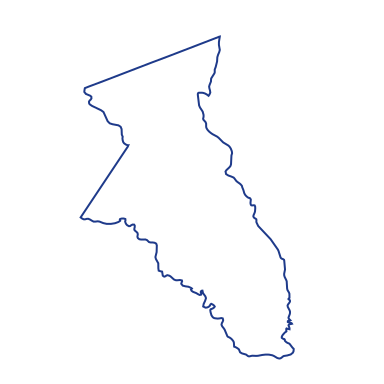 the Department of Pando, rotated 96°
{"feature_id": "BOL-1938", "entity_name": "Pando", "entity_type": "Department", "adm_level": 1, "iso_a3": "BOL", "parent_name": "Bolivia", "parent_adm1": "", "projection": "robinson", "projection_center": [-66.899, -11.088], "detail": "fine", "context": "isolated", "style": "outline", "palette": "blue", "viewbox_px": 384, "rotation_deg": 96, "n_neighbors": 0, "source": "natural_earth", "source_scale": "10m", "svg_char_len": 5017}
<svg xmlns="http://www.w3.org/2000/svg" viewBox="0 0 384 384"><g transform="rotate(96 192 192)"><path d="M338.0,74.4L339.9,74.4L341.3,74.9L343.3,76.9L344.3,79.5L344.5,79.8L345.5,83.5L346.2,84.5L347.2,85.4L348.1,86.5L348.5,87.8L348.2,89.8L346.6,93.2L346.0,95.0L345.7,98.4L346.0,101.8L346.7,105.0L348.0,109.3L348.3,111.1L348.5,114.7L348.7,115.6L349.4,117.5L349.5,118.4L349.3,119.2L348.0,121.3L347.3,125.4L346.4,127.4L343.6,128.9L342.6,130.5L341.8,132.3L341.4,133.9L337.5,134.6L336.3,135.1L335.3,136.0L333.9,137.5L332.8,139.4L332.3,141.0L331.8,141.7L325.4,145.2L324.0,146.4L322.5,147.9L320.9,148.8L319.3,148.6L317.7,147.9L316.2,147.6L314.5,148.2L314.3,149.6L314.8,151.3L315.2,153.1L315.2,155.2L315.1,156.8L314.4,158.2L312.7,159.7L309.5,161.0L307.5,161.5L306.6,161.1L306.3,160.3L305.5,159.0L304.5,157.9L303.6,157.4L302.7,158.1L301.7,159.7L301.2,161.2L301.9,161.9L303.3,162.4L304.5,163.5L305.3,165.0L305.6,166.5L304.7,168.9L302.1,168.7L298.9,167.6L296.1,167.0L294.4,167.8L291.4,170.5L289.0,171.3L289.1,171.9L289.5,172.4L290.0,172.8L290.8,172.8L292.3,172.1L293.1,172.2L293.6,173.6L293.0,175.3L292.1,177.2L291.2,180.5L290.3,182.1L289.2,182.8L288.0,182.0L287.4,183.1L286.6,185.6L286.5,188.6L286.1,191.4L284.4,193.1L283.2,192.9L281.9,192.5L281.0,192.8L280.8,194.8L281.4,197.8L281.4,199.2L280.9,200.8L278.2,204.5L277.6,205.8L277.3,207.8L277.8,208.8L278.6,209.6L279.1,210.8L278.3,212.3L274.3,213.4L274.1,215.2L273.7,216.9L271.4,217.5L266.4,218.1L262.4,220.9L260.5,221.6L255.5,220.9L248.8,221.4L247.1,222.2L246.4,223.8L246.3,225.9L246.5,228.0L246.3,229.5L244.5,231.8L244.1,233.4L244.6,237.5L244.5,239.4L243.5,241.0L242.3,241.6L239.7,241.5L238.5,241.9L237.5,243.0L236.6,244.4L235.6,245.4L234.2,245.5L233.0,245.3L231.5,245.4L230.5,246.1L230.6,247.7L231.4,249.0L232.3,249.9L232.6,251.1L231.8,253.0L230.8,254.1L229.6,254.9L228.3,255.4L227.0,255.2L225.8,255.5L225.5,257.2L225.8,259.3L226.4,260.7L226.9,260.9L227.4,260.7L227.8,260.4L228.1,260.4L228.5,260.8L229.6,262.2L231.1,265.3L232.2,269.4L232.6,273.6L232.2,277.0L231.1,280.9L231.0,282.7L231.5,284.8L231.7,286.8L231.0,288.6L230.1,290.4L229.5,292.3L229.7,293.9L230.3,295.3L230.5,296.7L230.0,298.3L228.9,300.1L153.6,260.6L152.2,260.2L152.3,260.6L151.7,262.8L150.6,264.7L149.4,265.7L147.6,266.4L145.8,266.8L144.3,266.7L142.3,267.8L136.8,268.6L134.6,269.8L133.4,272.1L132.9,278.2L132.3,281.0L130.4,283.3L121.7,288.4L120.2,291.0L116.8,300.5L115.4,303.0L114.5,303.6L113.0,303.9L111.8,303.4L110.7,302.4L109.5,301.8L107.7,302.1L106.9,303.3L105.5,307.9L105.1,308.1L104.2,309.2L103.8,309.5L103.1,309.6L100.7,309.5L99.9,309.4L98.0,305.8L90.4,290.6L82.7,275.5L75.0,260.4L67.3,245.3L59.7,230.1L52.0,215.0L44.3,199.9L36.6,184.8L36.3,184.3L36.1,183.7L35.8,183.2L35.5,182.7L35.3,182.2L35.0,181.7L34.7,181.2L34.5,180.6L40.0,180.9L42.9,180.6L47.8,179.2L50.2,179.6L52.7,180.4L55.3,180.9L59.5,180.7L65.2,181.5L67.9,182.2L70.5,181.9L71.6,182.1L77.1,184.8L77.4,184.8L78.1,184.8L78.4,184.8L80.1,184.7L83.6,185.7L85.4,186.0L87.2,185.5L89.2,184.7L91.2,184.2L93.4,184.9L94.6,185.6L93.4,187.6L92.6,189.6L92.2,191.7L92.5,195.2L92.7,195.9L93.3,196.4L94.6,196.4L105.1,194.0L107.1,192.9L110.9,189.8L114.0,188.6L115.3,188.4L116.5,188.4L117.8,188.6L118.8,188.3L121.1,185.8L122.5,185.1L125.9,184.7L127.2,184.1L128.7,182.9L130.1,181.3L131.3,179.5L132.3,177.7L134.3,172.8L135.3,171.2L139.4,166.2L142.0,160.7L143.0,159.4L144.7,158.0L147.0,156.8L148.2,156.4L149.4,156.2L151.5,156.6L160.3,156.1L161.4,156.3L162.4,156.6L163.8,157.6L166.7,160.1L168.1,160.8L170.6,160.0L171.8,157.6L172.5,154.6L173.3,152.1L174.1,151.2L176.4,149.1L177.3,147.8L178.7,145.3L179.5,144.2L180.7,143.0L182.1,142.5L184.7,141.1L187.7,139.9L189.2,138.9L190.5,137.5L191.5,136.0L191.9,135.0L191.9,134.3L192.1,133.7L192.9,133.0L193.5,132.7L196.8,132.7L197.6,132.5L198.4,132.2L199.0,131.7L199.1,130.9L198.7,129.1L198.8,128.3L199.8,127.7L201.5,127.4L204.6,127.3L205.9,127.5L208.8,128.4L210.0,128.4L210.9,127.8L211.5,126.9L211.9,125.9L212.4,125.2L213.2,125.0L214.7,124.9L215.5,124.7L218.9,122.6L230.7,108.9L240.4,100.5L241.8,99.7L247.8,97.1L248.5,96.5L248.9,95.9L249.1,94.9L249.4,94.1L249.8,93.4L250.6,93.1L259.3,91.4L263.8,91.8L265.2,91.6L266.7,91.0L269.7,89.1L270.9,88.5L278.1,87.3L279.5,86.8L281.8,85.1L283.0,84.5L287.1,84.0L287.4,84.2L287.6,84.5L288.0,84.8L288.4,84.9L288.7,84.6L289.2,83.6L289.5,83.3L290.6,83.1L291.0,83.2L291.9,83.6L293.9,84.8L294.9,85.1L296.3,84.7L299.6,82.5L300.9,82.0L302.2,81.9L303.3,82.0L306.3,82.8L307.1,82.9L308.0,82.3L309.2,80.9L309.4,81.5L309.7,82.2L310.1,82.9L310.5,83.2L311.3,83.1L311.5,82.4L311.4,81.5L311.5,80.8L312.1,79.2L312.6,78.8L313.0,79.9L313.2,80.7L313.4,81.3L313.8,81.8L314.4,82.1L317.2,80.8L318.3,80.7L318.1,82.6L317.8,83.7L318.1,83.9L318.7,83.8L319.3,83.9L319.5,83.9L320.3,83.6L320.6,83.5L321.1,83.8L321.7,84.6L322.1,85.0L324.3,86.6L325.4,87.2L326.7,87.6L327.6,87.5L327.9,87.1L328.1,86.6L328.5,86.0L328.6,85.7L328.6,84.9L328.8,84.6L329.1,84.3L330.0,84.2L330.3,84.0L331.2,82.9L331.9,81.7L332.2,80.9L332.5,79.7L333.0,78.9L336.3,75.8L337.3,74.5L338.0,74.4Z" fill="none" stroke="#1e3a8a" stroke-width="2"/></g></svg>